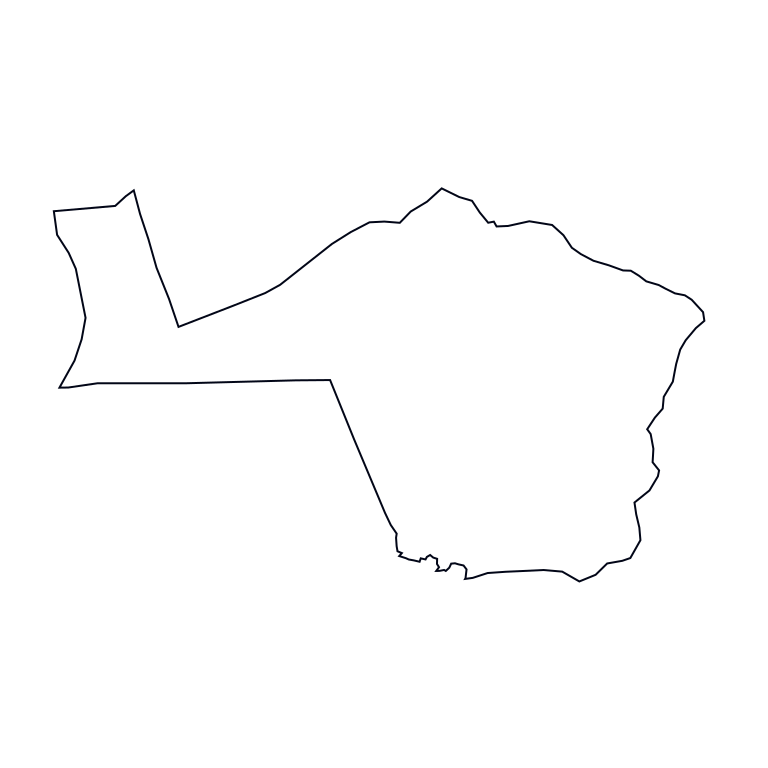 Moniatis, Limassol, Cyprus (Robinson projection), rotated 266°
{"feature_id": "46923920B35123648291300", "entity_name": "Moniatis", "entity_type": "district", "adm_level": 2, "iso_a3": "CYP", "parent_name": "Cyprus", "parent_adm1": "Limassol", "projection": "robinson", "projection_center": [32.9, 34.886], "detail": "fine", "context": "isolated", "style": "outline", "palette": "ink", "viewbox_px": 768, "rotation_deg": 266, "n_neighbors": 0, "source": "geoboundaries", "source_scale": "gbopen_adm2", "svg_char_len": 1656}
<svg xmlns="http://www.w3.org/2000/svg" viewBox="0 0 768 768"><g transform="rotate(266 384 384)"><path d="M183.9,451.3L184.4,459.0L188.2,474.2L188.2,492.3L187.6,515.9L187.3,530.3L184.4,548.7L173.4,565.1L178.9,581.8L189.4,594.1L191.0,609.4L193.2,617.6L210.3,628.9L223.0,628.7L236.4,626.5L248.3,625.6L259.3,641.4L272.8,650.8L278.6,652.4L287.2,646.5L293.4,647.3L300.6,648.2L314.0,646.7L315.5,646.5L320.5,643.4L331.6,651.9L340.0,660.3L351.7,662.2L366.2,672.3L375.5,674.7L383.7,676.9L397.7,681.9L406.6,688.0L418.0,699.0L421.7,704.0L424.7,708.0L433.4,707.3L446.6,696.8L451.5,690.3L454.1,680.6L459.5,671.4L463.6,664.9L468.1,652.8L474.2,645.9L479.8,638.1L480.6,630.4L486.7,616.6L492.3,601.6L499.8,589.5L506.8,580.9L519.9,573.4L530.9,562.8L536.2,540.3L533.0,518.8L533.3,507.3L538.3,504.9L537.6,499.2L548.4,491.5L560.6,484.6L565.2,472.2L575.1,455.2L562.9,439.7L554.2,422.7L543.7,411.0L546.0,395.7L546.3,380.8L537.9,361.5L527.4,341.9L490.2,287.3L483.0,271.8L472.5,238.7L455.3,183.0L483.8,175.5L515.8,165.2L544.9,159.1L570.7,152.5L594.6,147.9L589.4,139.6L580.4,128.3L579.4,66.7L555.6,68.3L536.8,78.6L520.4,84.6L470.8,90.9L449.7,85.5L428.9,76.9L403.0,60.0L402.5,68.8L404.7,98.1L398.6,185.3L393.8,296.4L391.7,330.5L330.9,350.3L255.4,376.0L242.9,380.9L233.8,386.2L229.8,385.3L221.3,385.3L216.2,385.8L214.1,390.0L211.3,387.2L208.7,393.7L207.2,396.5L206.0,401.3L204.2,407.1L207.5,408.5L206.1,413.2L208.5,414.7L210.2,418.1L207.4,421.0L205.9,424.8L200.8,424.3L197.4,426.1L193.9,423.1L193.7,426.2L194.3,431.0L193.2,432.6L196.2,436.3L200.1,438.5L200.2,442.3L198.9,445.7L197.4,450.7L193.3,453.4L184.7,451.8L183.9,451.3Z" fill="none" stroke="#020617" stroke-width="2"/></g></svg>